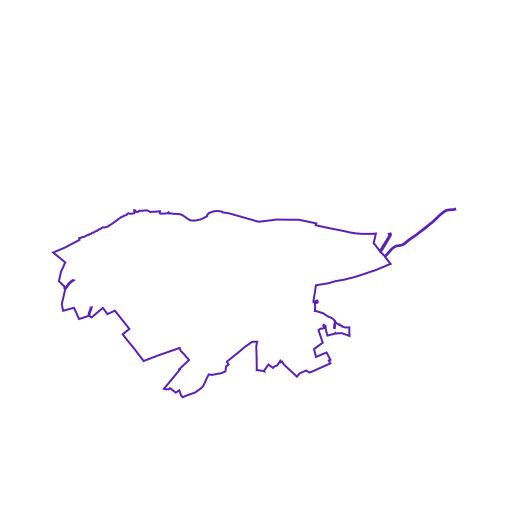 the district of Ikšķile, Ikskiles, Latvia, rotated 141°
{"feature_id": "27541924B16568384003346", "entity_name": "Ikšķile", "entity_type": "district", "adm_level": 2, "iso_a3": "LVA", "parent_name": "Latvia", "parent_adm1": "Ikskiles", "projection": "mercator", "projection_center": [24.5, 56.833], "detail": "fine", "context": "isolated", "style": "outline", "palette": "violet", "viewbox_px": 512, "rotation_deg": 141, "n_neighbors": 0, "source": "geoboundaries", "source_scale": "gbopen_adm2", "svg_char_len": 6114}
<svg xmlns="http://www.w3.org/2000/svg" viewBox="0 0 512 512"><g transform="rotate(141 256 256)"><path d="M71.9,166.7L71.6,167.4L72.2,167.6L73.1,168.1L76.7,170.6L78.3,171.5L79.1,171.9L79.8,172.1L80.7,172.3L81.7,172.4L83.9,172.5L88.4,172.4L90.4,172.2L96.4,171.7L97.4,171.6L100.6,171.7L104.2,171.7L107.9,171.7L112.2,171.8L118.6,171.9L126.2,172.6L133.9,172.6L134.3,172.7L135.3,172.9L136.7,173.5L139.2,175.0L140.4,175.7L142.1,176.2L143.7,176.4L145.5,176.4L147.4,176.2L156.0,174.7L156.2,176.5L156.3,177.7L156.4,178.5L156.6,179.6L156.8,180.2L156.8,180.9L156.8,181.1L156.1,180.9L155.4,181.0L153.1,181.7L148.0,183.5L138.4,187.2L138.0,187.5L137.6,188.5L137.4,188.4L137.3,188.9L138.9,189.6L139.1,189.1L139.9,187.8L143.7,186.4L147.1,185.3L150.6,184.1L154.9,182.4L156.4,182.2L156.6,182.3L156.5,186.2L156.6,186.4L156.5,188.0L156.4,189.0L156.4,189.8L156.4,190.1L156.6,191.8L148.7,198.0L150.9,199.4L160.0,206.7L164.3,210.9L168.0,215.0L171.7,219.7L183.4,233.8L190.3,242.4L188.6,243.4L191.3,246.7L196.3,252.8L199.4,256.6L200.5,257.7L205.8,262.0L216.6,271.0L217.6,271.7L218.6,272.3L226.0,276.9L231.8,280.6L232.5,281.2L233.4,282.3L234.4,283.8L249.7,305.6L251.5,307.8L252.9,309.2L254.4,310.7L254.6,311.0L254.5,311.5L254.5,311.8L255.4,313.0L258.5,316.0L261.3,317.5L265.4,319.0L268.3,318.6L268.7,317.8L269.3,317.8L270.8,318.1L272.4,318.3L273.0,318.5L274.6,319.0L275.7,319.2L276.1,319.3L277.3,319.9L279.0,320.8L280.0,321.2L280.6,321.6L281.1,322.1L282.5,323.0L283.2,323.6L283.7,324.1L284.1,324.5L284.3,324.7L284.5,325.2L285.2,326.3L287.5,334.2L288.3,335.5L288.6,336.1L288.9,336.5L294.1,341.2L294.7,342.0L295.1,342.3L295.4,342.6L297.0,344.0L296.4,344.6L296.5,345.0L297.6,344.8L298.7,345.5L300.2,346.4L302.0,347.7L303.8,349.3L303.8,349.7L303.6,350.2L302.9,350.9L302.5,351.2L302.8,351.4L306.1,353.6L307.4,354.6L308.9,355.8L310.2,356.3L310.6,357.1L311.1,358.4L311.7,359.8L312.6,360.3L313.3,361.1L316.2,362.9L317.6,363.9L317.9,364.5L318.4,364.8L319.1,364.4L320.1,364.6L320.9,365.3L321.2,365.9L321.2,366.9L321.3,367.5L321.6,368.2L321.9,368.3L322.4,367.5L322.9,366.2L323.6,365.8L324.8,366.5L326.0,367.1L327.2,368.0L328.1,369.0L328.3,369.6L329.4,369.8L329.9,369.6L330.6,369.4L330.9,369.3L332.0,369.8L332.9,370.4L334.1,370.4L336.9,371.2L338.0,371.1L340.0,371.3L341.5,371.2L345.2,371.6L345.4,371.5L345.9,371.6L346.4,371.5L346.8,371.5L347.5,371.7L348.3,371.7L351.5,372.2L352.1,371.9L352.9,372.4L354.0,372.7L354.6,372.9L354.8,373.1L355.7,373.4L356.1,373.7L356.9,374.7L357.8,374.8L359.0,375.0L359.8,374.9L360.9,375.5L361.6,375.4L362.7,375.5L363.5,375.8L363.9,375.6L365.4,376.3L366.6,376.2L367.9,376.7L368.8,377.2L370.4,377.0L371.8,377.8L372.1,377.6L372.6,377.6L373.5,378.3L377.3,378.9L378.7,379.8L380.1,380.3L381.2,380.5L382.2,381.2L382.4,381.1L383.0,379.6L399.2,382.8L411.4,386.3L408.3,371.0L409.1,370.7L412.1,369.1L414.1,368.1L416.6,367.0L417.5,366.4L418.6,365.6L419.8,364.6L421.3,363.4L422.6,362.4L423.1,362.0L424.0,361.3L424.8,360.7L425.0,360.4L425.0,360.2L424.8,358.7L424.5,355.7L424.1,353.4L424.1,353.2L424.2,352.9L424.9,351.9L425.2,351.5L425.2,351.0L424.9,351.0L423.2,351.3L419.1,352.5L418.5,352.6L417.5,352.7L415.2,352.7L413.6,352.6L413.0,351.8L415.2,352.0L417.5,352.0L418.3,351.9L418.8,351.8L423.1,350.6L424.8,350.2L425.3,350.3L425.4,350.1L427.5,348.4L430.5,346.0L435.8,342.0L437.3,340.7L438.6,338.3L440.4,334.8L434.6,332.3L430.1,330.3L430.8,327.2L433.2,318.4L432.8,318.3L431.8,317.9L430.2,317.2L429.6,316.9L427.9,316.4L424.0,314.9L421.5,316.9L420.8,317.4L420.1,317.8L419.0,318.4L418.2,318.8L417.1,320.0L416.1,319.5L417.8,318.2L418.6,317.7L419.8,317.2L420.4,316.8L421.1,316.3L423.3,314.5L422.9,313.2L422.6,312.2L422.4,311.7L407.7,312.1L407.7,310.7L408.0,304.3L400.1,302.4L400.2,288.2L400.3,279.0L408.8,279.1L408.9,276.2L409.0,271.6L409.0,268.1L409.0,262.9L408.9,262.9L409.2,252.2L409.4,245.1L394.9,240.4L373.2,232.6L374.2,229.9L373.9,227.0L373.8,226.9L373.8,226.0L373.7,225.1L373.7,222.1L373.5,218.7L373.5,217.3L387.1,216.3L387.1,216.2L386.9,215.6L405.1,211.9L410.2,210.9L411.1,210.7L410.3,209.5L407.8,207.4L406.9,207.2L406.0,207.4L404.3,200.3L400.1,199.9L402.0,194.7L401.8,193.0L401.9,192.4L400.3,192.0L398.9,191.6L397.7,191.2L395.8,190.6L392.3,189.3L390.7,188.7L389.0,188.2L386.7,188.1L382.9,187.8L380.1,188.0L379.5,188.1L378.4,188.4L376.5,189.3L372.0,191.6L368.1,193.3L367.3,193.7L364.9,191.2L362.7,190.0L359.0,188.1L358.4,187.6L356.5,186.7L354.2,186.1L352.5,185.5L348.7,189.0L345.6,188.9L345.3,191.9L345.2,192.1L344.9,192.2L340.5,192.2L334.8,192.2L331.1,192.1L321.9,192.4L317.7,192.0L313.4,191.8L312.2,191.2L309.0,188.6L310.3,187.8L313.2,184.9L318.7,177.6L325.8,168.6L327.3,166.9L326.7,166.4L323.1,162.5L322.7,162.0L322.2,161.5L322.1,161.3L322.0,161.6L321.5,161.9L314.6,163.8L313.2,158.3L311.7,158.6L308.3,157.6L303.3,159.2L303.7,158.0L302.3,157.8L302.5,155.9L302.5,153.8L302.4,152.6L301.9,148.6L300.6,140.1L300.2,136.5L296.3,137.2L295.4,137.2L289.1,135.4L287.7,131.6L265.8,125.7L265.2,129.0L263.5,128.5L261.9,136.6L272.9,139.8L269.4,147.2L258.7,146.6L254.1,159.0L251.7,159.0L250.2,157.9L248.6,157.1L247.3,159.8L246.8,160.0L246.0,158.0L247.8,155.2L248.7,153.5L250.6,149.2L243.7,146.1L242.9,146.2L243.0,145.8L237.8,142.0L234.9,137.1L233.7,135.0L231.4,138.1L228.4,141.8L230.9,143.7L232.1,144.9L233.6,147.3L233.3,147.8L234.7,149.9L234.2,150.4L235.2,151.6L235.4,152.1L235.7,153.1L235.8,154.7L238.3,152.3L240.1,150.4L240.6,151.0L239.9,151.8L237.4,154.1L236.2,155.3L235.5,155.8L235.8,159.0L236.4,160.5L237.9,163.4L239.5,167.7L239.7,169.1L240.9,170.8L242.4,173.1L243.3,174.5L244.9,176.2L241.9,179.3L241.2,180.7L240.1,182.2L237.7,181.1L236.7,181.7L236.4,182.8L240.2,184.1L239.0,185.5L232.4,191.3L230.2,193.4L227.8,195.5L216.8,189.2L210.2,186.5L202.7,182.3L192.6,177.6L187.3,175.5L185.0,174.6L177.8,172.0L171.2,169.5L158.8,165.9L156.4,165.1L156.3,173.9L148.1,175.3L145.5,175.7L143.7,175.7L142.3,175.5L140.8,175.2L137.2,173.0L135.5,172.2L134.1,171.9L132.5,171.8L127.0,171.8L125.1,171.8L118.6,171.2L112.2,171.1L108.1,170.9L104.2,170.9L100.5,171.0L97.4,170.9L95.3,171.0L90.6,171.4L88.4,171.7L83.8,171.8L82.7,171.7L80.8,171.6L79.4,171.2L78.6,170.9L77.1,170.0L73.5,167.5L72.5,167.0L71.9,166.7Z" fill="none" stroke="#5b21b6" stroke-width="2"/></g></svg>